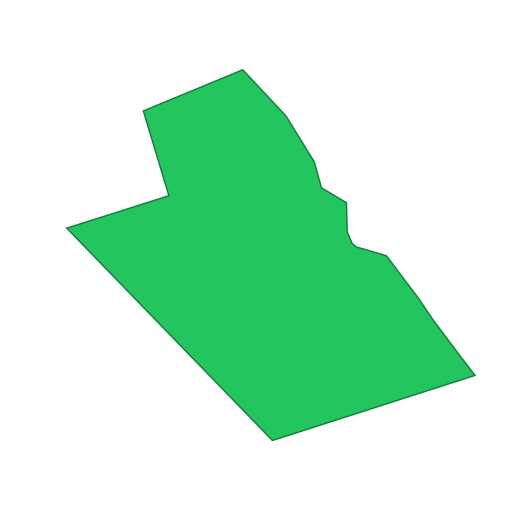 outline of Qasima, Shamal Sina', Egypt, rotated 342°
{"feature_id": "37247803B24800496222401", "entity_name": "Qasima", "entity_type": "district", "adm_level": 2, "iso_a3": "EGY", "parent_name": "Egypt", "parent_adm1": "Shamal Sina'", "projection": "orthographic", "projection_center": [34.453, 30.447], "detail": "fine", "context": "isolated", "style": "filled", "palette": "green", "viewbox_px": 512, "rotation_deg": 342, "n_neighbors": 0, "source": "geoboundaries", "source_scale": "gbopen_adm2", "svg_char_len": 419}
<svg xmlns="http://www.w3.org/2000/svg" viewBox="0 0 512 512"><g transform="rotate(342 256 256)"><path d="M162.6,330.4L214.6,436.5L427.4,437.2L420.8,418.7L404.9,372.4L397.4,346.3L386.3,314.2L380.2,296.2L354.1,278.3L351.3,273.8L350.2,261.2L358.5,233.3L339.3,211.4L340.5,184.6L327.8,132.2L308.8,91.6L300.9,74.8L193.7,83.2L191.8,171.8L84.6,171.0L162.6,330.4Z" fill="#22c55e" stroke="#15803d" stroke-width="1.5"/></g></svg>